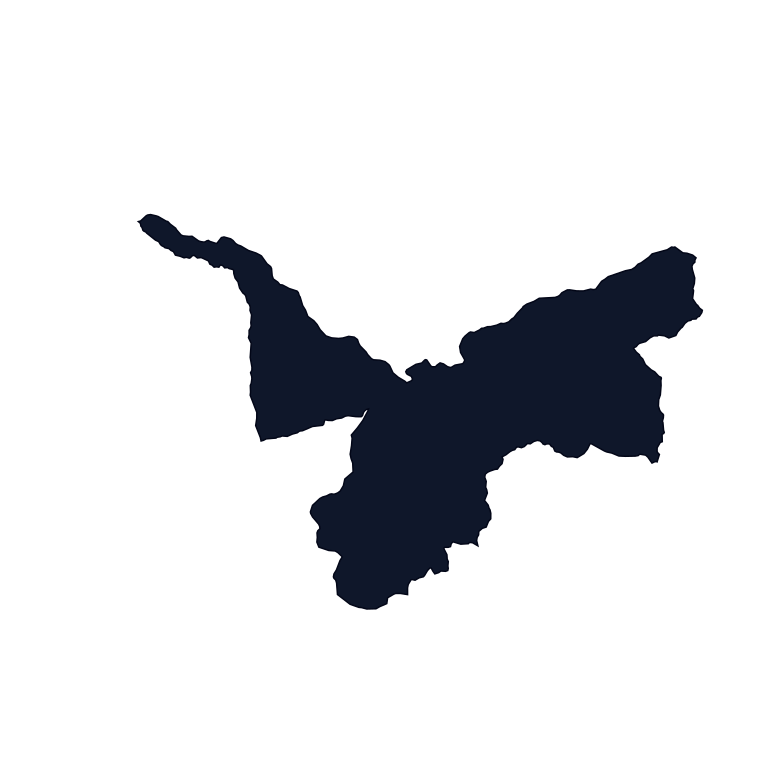 outline of Trong, Tongsa, Bhutan, rotated 288°
{"feature_id": "84629894B683869752306", "entity_name": "Trong", "entity_type": "district", "adm_level": 2, "iso_a3": "BTN", "parent_name": "Bhutan", "parent_adm1": "Tongsa", "projection": "robinson", "projection_center": [90.682, 27.159], "detail": "fine", "context": "isolated", "style": "filled", "palette": "ink", "viewbox_px": 768, "rotation_deg": 288, "n_neighbors": 0, "source": "geoboundaries", "source_scale": "gbopen_adm2", "svg_char_len": 6171}
<svg xmlns="http://www.w3.org/2000/svg" viewBox="0 0 768 768"><g transform="rotate(288 384 384)"><path d="M604.2,618.3L603.7,618.0L603.1,615.1L599.2,611.9L590.6,598.8L586.5,596.8L578.7,591.1L576.5,588.6L572.7,586.8L569.5,584.2L566.3,578.6L555.4,564.1L552.1,561.9L548.9,559.2L539.6,556.1L538.5,554.0L538.1,551.2L534.1,544.9L532.1,538.5L530.9,531.4L530.1,529.2L525.8,525.0L522.5,523.6L520.9,522.2L519.2,519.9L513.5,505.1L508.9,501.1L504.1,495.1L500.6,492.4L499.4,492.3L492.5,488.9L487.2,487.0L485.3,485.4L481.7,483.5L479.2,480.5L478.3,478.7L477.9,476.5L474.8,473.0L471.5,467.6L470.5,464.7L467.8,461.3L467.1,459.5L465.0,458.2L460.8,453.9L460.2,450.2L459.2,449.1L454.5,446.2L451.3,444.9L443.1,444.3L437.6,447.1L432.3,452.9L430.9,453.5L427.7,452.7L423.9,445.7L420.7,442.9L420.2,441.8L420.1,439.1L421.5,434.4L421.4,430.8L418.4,428.6L416.3,427.6L415.3,424.5L415.6,423.0L420.1,417.2L420.0,416.0L419.4,415.3L415.6,413.4L412.6,408.3L404.6,401.3L402.4,400.9L401.0,402.1L400.4,403.2L399.7,407.7L397.7,409.4L396.3,409.5L395.0,408.5L392.1,405.2L393.1,403.0L394.8,395.5L397.4,389.1L402.9,384.0L403.9,382.6L405.6,378.1L405.4,372.8L403.8,366.6L404.2,364.2L407.0,359.3L408.9,357.1L412.9,349.5L415.0,347.3L418.1,345.0L419.4,341.2L418.4,335.7L415.0,330.6L413.3,326.7L411.7,320.0L411.8,313.9L415.9,306.5L419.9,302.0L422.5,297.7L424.7,290.7L430.0,286.5L433.5,282.4L440.9,277.3L441.7,276.2L444.5,274.2L445.5,272.6L445.5,264.3L446.8,256.9L446.3,254.3L448.1,251.5L449.7,246.3L452.4,244.2L459.0,241.4L460.6,239.9L462.2,235.6L467.9,227.9L468.3,226.3L469.0,221.9L469.1,213.8L471.0,205.3L471.1,202.0L471.8,199.4L473.8,196.1L474.7,193.3L474.4,186.4L473.0,184.1L466.1,181.6L465.8,180.4L465.8,174.1L466.3,172.7L465.5,171.3L463.9,169.9L463.3,168.8L462.8,165.7L462.8,163.4L465.2,155.8L464.1,152.9L462.8,147.0L463.1,144.8L466.6,139.0L467.8,137.7L470.0,131.3L471.7,128.2L471.6,126.3L473.5,117.5L473.5,115.2L473.0,109.6L471.7,107.0L470.6,105.9L463.8,102.1L462.6,100.2L461.5,102.7L459.0,104.0L458.1,105.5L455.7,107.2L455.2,108.3L454.9,110.6L454.2,111.6L450.2,122.2L449.8,125.7L447.5,128.4L446.8,130.1L446.6,131.9L445.9,133.6L446.3,137.7L445.2,140.1L444.8,142.9L442.1,145.8L442.5,150.7L442.2,154.8L443.4,156.9L443.5,159.9L444.2,160.8L446.8,162.1L447.7,163.7L446.2,167.6L447.6,170.7L447.7,171.9L446.8,179.0L444.2,181.3L443.9,183.8L442.6,186.3L443.7,188.5L444.1,190.9L446.3,191.4L446.8,192.4L446.7,194.1L445.2,196.6L446.4,199.3L445.9,201.1L446.2,204.7L445.7,205.8L442.5,207.1L438.7,209.7L436.0,213.6L430.6,217.0L426.9,221.7L426.1,223.9L425.0,225.3L419.6,228.7L418.2,231.2L415.9,233.0L412.6,233.8L408.8,236.7L401.1,238.4L398.3,239.7L396.2,239.8L393.4,239.1L389.1,240.5L386.2,240.8L381.7,245.1L368.0,248.5L359.2,253.2L356.2,254.1L353.5,253.6L350.2,255.9L348.2,256.7L343.6,257.5L341.3,257.3L335.0,259.6L332.0,260.2L317.7,271.8L312.0,273.6L304.8,274.8L294.8,283.0L291.8,284.7L293.2,286.8L295.4,288.9L299.2,298.0L300.4,298.9L301.7,301.6L303.1,303.2L304.3,308.2L308.1,312.4L310.8,316.6L313.1,318.2L314.4,321.0L321.5,329.1L325.7,338.3L327.0,339.0L330.6,338.8L331.8,339.2L332.1,342.1L333.3,346.2L336.3,349.7L338.6,354.3L341.5,357.2L342.8,359.7L344.3,367.5L345.8,372.4L347.2,373.3L350.5,373.3L352.5,373.9L354.3,375.1L355.6,377.0L353.3,377.0L342.7,375.1L333.9,372.2L325.3,368.7L322.7,370.4L315.2,372.2L306.8,373.5L302.8,375.8L299.1,378.7L290.8,381.8L281.5,376.1L274.7,376.8L268.6,375.4L266.1,373.6L264.6,371.8L263.7,370.5L263.3,368.1L262.6,366.7L259.8,363.9L257.6,360.6L255.3,358.4L246.5,353.5L239.6,353.5L238.2,354.3L235.5,357.1L230.5,365.2L228.7,366.8L226.6,367.8L224.0,366.4L221.7,366.3L217.4,368.0L212.9,369.0L208.7,372.5L208.6,382.9L210.1,389.2L209.4,392.3L206.9,397.4L206.3,397.6L202.4,396.7L192.4,396.2L187.9,395.1L184.9,395.5L183.7,396.5L182.7,398.6L180.1,400.4L169.4,404.8L164.0,419.9L163.8,429.2L164.4,431.8L164.7,437.1L167.8,445.9L170.9,448.7L176.0,454.5L181.8,453.5L187.2,458.3L188.4,459.8L189.9,464.4L191.0,471.5L197.4,469.4L200.8,469.0L206.2,470.2L206.7,471.2L207.0,474.2L210.5,477.3L212.8,481.0L214.3,481.7L220.0,483.0L222.8,484.3L223.5,485.1L223.5,485.9L221.2,488.2L219.1,491.0L221.5,494.3L223.7,495.9L224.9,500.5L226.3,502.3L228.4,502.1L230.7,501.0L235.0,500.0L237.0,498.2L241.1,496.6L245.7,492.0L246.7,491.7L247.5,492.3L248.5,495.5L249.9,497.5L252.9,497.3L255.2,498.3L255.4,506.5L258.2,513.6L259.7,514.2L260.4,517.2L259.1,523.3L263.7,520.5L266.8,520.0L269.7,520.6L273.1,519.7L277.1,522.1L279.5,525.4L285.6,525.8L288.7,527.2L294.1,525.5L297.1,523.7L298.3,522.3L301.0,520.5L304.3,515.6L312.2,516.0L315.1,514.4L317.2,512.6L323.0,511.3L326.5,508.6L329.5,508.2L332.0,509.7L333.9,511.7L337.0,515.8L338.1,518.2L341.5,519.2L344.7,520.9L349.1,520.5L351.2,518.8L354.4,521.9L358.6,524.7L360.6,526.6L361.9,528.6L364.9,529.6L365.7,531.2L365.9,534.4L367.9,536.8L371.7,538.8L372.3,541.6L375.6,544.2L377.7,547.2L377.9,548.4L378.1,550.1L377.1,552.5L376.1,553.7L376.0,555.8L377.2,557.1L378.2,559.9L376.4,562.5L376.1,564.6L373.0,567.2L372.7,569.1L373.2,571.3L373.1,573.4L371.7,576.9L371.3,580.9L373.2,586.0L373.7,590.5L379.6,595.6L384.9,597.6L390.7,598.4L391.3,599.4L388.4,614.3L388.2,616.7L388.7,622.0L388.1,629.6L389.9,636.1L393.1,645.3L394.5,647.9L396.2,648.8L396.4,649.6L397.2,654.8L396.0,657.5L391.6,663.3L393.7,665.5L394.4,667.0L394.3,667.8L402.1,667.7L403.3,665.5L404.4,664.5L407.8,663.5L413.8,664.8L415.1,666.5L422.2,664.0L423.3,665.3L424.6,665.5L426.4,664.2L433.5,661.2L434.6,660.3L438.2,660.1L440.9,659.4L441.8,658.3L442.4,656.6L444.1,654.4L447.8,651.8L454.0,650.1L459.0,650.2L468.2,648.0L472.8,646.3L475.2,646.0L475.9,645.5L476.3,642.8L479.2,637.7L480.0,633.8L483.2,626.6L487.8,622.3L489.4,618.9L490.7,617.9L492.3,614.1L495.0,610.3L495.5,610.3L497.5,612.3L500.1,613.3L501.6,614.4L505.2,619.7L510.2,622.8L513.1,625.6L514.3,629.3L515.3,629.7L516.5,635.9L515.8,640.7L520.3,646.6L524.2,647.2L528.9,649.2L530.1,650.1L534.7,651.5L537.9,653.6L539.4,656.2L540.8,656.8L542.3,660.7L544.5,661.4L545.8,663.0L550.1,664.2L552.5,664.0L553.7,660.6L555.8,657.9L556.1,656.7L560.5,651.1L567.4,649.8L568.8,649.4L569.8,648.2L575.5,648.1L580.8,646.8L588.3,641.8L591.1,640.5L593.6,640.7L595.9,642.0L597.9,641.4L600.4,641.8L602.0,637.7L602.0,631.7L601.1,627.7L604.2,618.3Z" fill="#0f172a" stroke="#020617" stroke-width="1.5"/></g></svg>